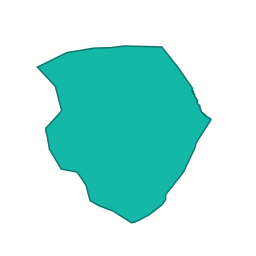 Delgerxangai, Dundgovi, Mongolia, rotated 161°
{"feature_id": "93677404B47502950424031", "entity_name": "Delgerxangai", "entity_type": "district", "adm_level": 2, "iso_a3": "MNG", "parent_name": "Mongolia", "parent_adm1": "Dundgovi", "projection": "orthographic", "projection_center": [104.19, 45.142], "detail": "fine", "context": "isolated", "style": "filled", "palette": "teal", "viewbox_px": 256, "rotation_deg": 161, "n_neighbors": 0, "source": "geoboundaries", "source_scale": "gbopen_adm2", "svg_char_len": 2614}
<svg xmlns="http://www.w3.org/2000/svg" viewBox="0 0 256 256"><g transform="rotate(161 128 128)"><path d="M193.9,215.1L183.1,191.0L185.1,165.9L199.9,157.6L205.4,154.8L206.6,153.0L207.1,145.9L208.9,135.3L209.2,133.4L204.5,110.9L190.5,102.9L188.4,95.7L186.3,87.5L187.5,71.7L180.4,63.6L168.9,54.1L155.6,37.3L151.4,36.8L135.7,39.2L121.1,44.3L115.6,48.2L114.2,52.7L96.8,63.8L89.8,68.4L72.0,86.6L67.9,92.2L47.3,108.5L46.8,108.8L46.8,109.0L46.9,109.3L47.0,109.7L47.1,110.0L47.3,110.1L47.5,110.4L47.5,110.6L47.7,110.8L47.8,110.8L48.0,110.8L48.2,111.1L48.2,111.3L48.2,111.5L48.3,111.7L48.5,111.8L48.8,112.0L49.1,112.0L49.3,112.0L49.4,112.3L49.4,112.6L49.4,112.8L49.5,112.9L49.7,113.0L49.8,113.0L50.0,113.1L49.9,113.3L49.9,113.5L50.2,113.9L50.5,114.1L50.7,114.3L51.0,114.5L51.0,114.9L50.9,115.1L50.7,115.3L50.7,115.5L50.8,115.7L51.0,115.7L51.3,115.6L51.4,115.8L51.5,115.9L51.5,116.0L51.8,116.1L52.0,116.2L52.0,116.3L52.0,116.5L51.9,116.6L51.9,116.9L51.9,117.0L52.1,117.1L52.3,117.3L52.3,117.5L52.3,117.9L52.3,118.0L52.5,118.2L52.6,118.3L52.7,118.5L52.8,118.6L53.0,118.6L53.2,118.8L53.3,119.2L53.3,119.6L53.3,119.9L53.3,120.1L53.3,120.3L53.4,120.6L53.5,120.8L53.6,121.1L53.4,121.3L53.2,121.4L53.2,121.5L53.2,121.8L53.3,121.8L53.5,121.8L53.8,121.8L53.9,122.0L53.7,122.3L53.5,122.5L53.4,122.6L53.3,122.8L53.2,122.9L53.2,123.1L53.2,123.4L53.2,123.5L53.3,123.6L53.3,123.8L53.2,123.9L53.2,124.0L53.3,124.3L53.4,124.5L53.4,124.8L53.5,124.9L53.5,125.0L53.4,125.3L53.1,125.4L52.9,125.5L52.9,125.8L52.9,126.0L54.2,127.9L54.3,128.2L54.3,128.4L54.3,128.6L54.2,128.8L54.2,129.0L54.3,129.3L54.3,129.7L54.2,129.7L53.9,129.7L53.8,129.8L53.7,129.9L53.7,130.1L53.8,130.3L53.8,130.5L53.8,130.9L53.7,131.0L53.5,131.3L53.8,131.4L53.9,131.5L53.8,131.8L53.7,131.8L53.6,132.0L53.6,132.3L53.6,132.5L53.7,132.9L53.7,133.1L53.7,133.3L53.7,133.5L53.8,133.7L53.9,133.9L54.0,134.2L54.1,134.6L54.3,135.3L54.4,135.5L54.4,135.9L54.5,136.2L54.6,136.3L54.6,136.6L54.5,136.8L54.4,137.1L54.4,137.3L54.2,137.5L54.1,137.8L54.3,138.0L54.2,138.3L54.1,138.6L54.2,138.9L54.3,138.9L54.5,138.9L54.8,138.9L55.0,139.0L54.9,139.2L54.8,139.3L54.8,139.5L55.0,139.8L55.2,140.0L55.3,140.1L55.2,140.3L54.9,140.3L54.7,140.4L54.8,140.6L54.9,140.8L55.0,141.0L55.1,141.3L55.0,141.5L54.8,141.5L54.7,141.5L54.3,141.5L54.4,141.9L54.5,142.1L54.6,142.4L54.7,142.5L54.9,142.5L55.1,142.4L55.3,142.5L55.1,142.9L54.9,143.1L54.7,143.2L54.7,143.4L54.6,143.5L54.7,143.8L54.4,143.9L54.3,144.0L54.3,144.3L54.3,144.5L54.2,144.8L54.1,145.0L54.4,145.5L60.7,167.9L69.6,193.6L104.6,206.7L118.5,209.7L134.2,214.6L161.2,219.2L193.9,215.1Z" fill="#14b8a6" stroke="#0f766e" stroke-width="1.5"/></g></svg>